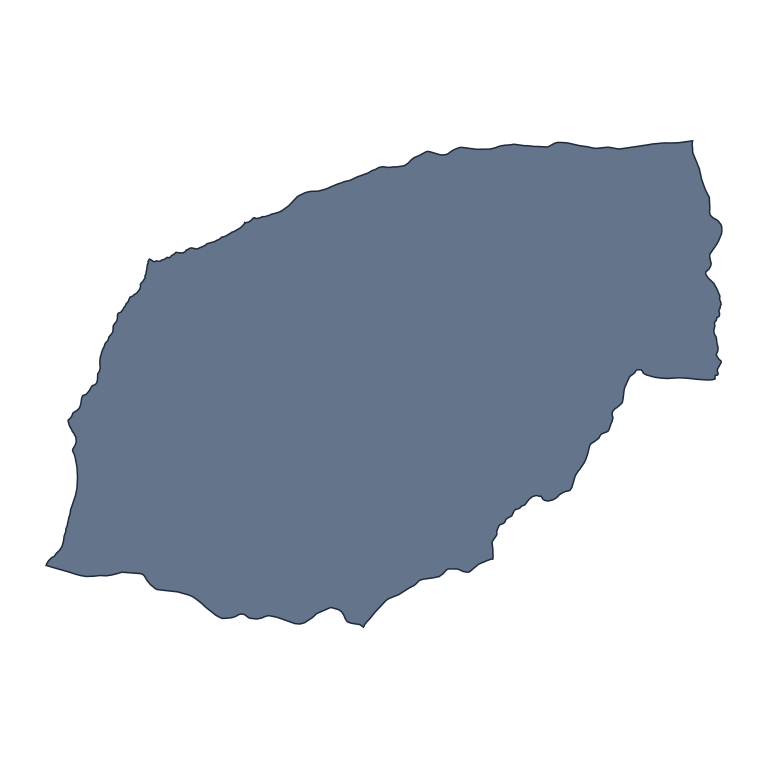 outline of Maubara, Liquica, East Timor
{"feature_id": "22284137B70669575760565", "entity_name": "Maubara", "entity_type": "district", "adm_level": 2, "iso_a3": "TLS", "parent_name": "East Timor", "parent_adm1": "Liquica", "projection": "orthographic", "projection_center": [125.161, -8.678], "detail": "fine", "context": "isolated", "style": "filled", "palette": "slate", "viewbox_px": 768, "rotation_deg": 0, "n_neighbors": 0, "source": "geoboundaries", "source_scale": "gbopen_adm2", "svg_char_len": 6041}
<svg xmlns="http://www.w3.org/2000/svg" viewBox="0 0 768 768"><path d="M363.5,627.2L364.7,624.6L366.2,622.5L370.0,618.5L374.6,612.7L386.2,600.3L389.0,598.5L398.8,594.6L409.8,587.6L414.2,585.4L416.3,583.6L419.4,580.4L423.4,579.2L432.8,577.9L439.1,576.6L443.1,573.7L446.6,569.8L448.7,568.9L457.7,569.0L463.2,571.5L465.8,572.0L468.4,572.2L470.0,571.5L478.4,564.3L486.6,560.8L490.9,559.2L492.8,559.1L493.1,556.8L492.8,548.6L492.0,542.7L492.6,541.0L496.6,535.2L496.9,533.5L496.6,531.9L497.8,528.4L499.2,525.4L500.2,524.6L502.8,523.7L504.0,523.0L505.1,521.7L505.5,520.4L506.5,518.9L508.2,517.7L511.7,516.0L514.2,510.7L515.4,509.6L519.6,508.3L521.6,506.1L524.9,504.9L528.9,499.5L532.0,496.9L534.6,495.9L536.6,495.5L539.8,496.4L541.0,496.1L543.2,499.5L544.9,500.4L547.5,501.0L549.6,500.7L552.8,499.9L555.7,498.3L558.0,496.4L559.0,495.0L562.8,492.6L565.6,491.4L568.1,491.0L570.1,490.2L571.9,487.4L575.3,475.7L578.3,471.0L580.0,469.0L584.2,462.7L585.7,459.7L587.8,453.5L589.4,446.6L590.1,444.9L591.4,443.4L594.0,441.9L598.9,438.1L600.2,435.5L601.2,434.2L603.0,433.3L606.6,432.0L608.1,431.1L609.4,428.6L610.9,424.0L612.2,421.0L613.0,417.5L612.2,415.2L612.1,413.7L612.6,411.5L614.7,409.0L617.0,407.5L621.7,403.4L622.4,402.3L623.1,398.7L624.0,391.0L624.5,388.1L628.9,378.1L629.8,376.5L632.2,374.8L635.0,372.4L635.8,370.7L637.0,369.8L641.3,369.9L642.2,370.9L643.5,373.3L646.3,374.9L654.5,377.2L660.8,378.1L667.4,378.5L678.2,377.8L681.1,377.9L687.2,378.2L697.9,379.4L708.6,380.0L712.8,379.7L715.2,378.8L714.8,377.4L715.3,375.4L717.5,375.1L718.2,373.9L717.4,371.4L717.3,369.5L721.3,362.3L721.0,360.9L718.8,359.2L718.2,358.1L717.4,357.2L716.2,354.6L717.9,350.8L718.0,347.3L716.9,342.8L716.3,337.4L714.2,333.6L713.8,331.3L714.3,328.1L714.9,326.0L714.4,323.1L714.7,322.1L716.3,320.5L716.9,317.6L718.6,316.8L719.3,316.0L719.6,313.6L718.8,309.9L719.7,309.0L720.1,308.0L720.2,306.5L721.1,304.6L720.6,301.6L719.8,300.1L719.6,298.7L719.9,296.8L719.6,294.9L718.8,293.6L716.6,288.2L713.7,283.2L708.4,278.2L705.8,274.4L705.8,271.9L708.8,269.4L710.0,267.4L711.0,265.0L711.1,262.8L710.6,261.3L709.6,256.2L710.0,254.0L716.5,244.6L718.6,240.9L721.6,233.5L721.9,229.6L721.6,226.3L720.8,224.2L719.5,222.8L718.6,221.3L716.7,219.8L712.8,217.7L710.4,215.3L709.9,214.3L709.6,212.5L709.8,207.2L709.3,197.2L707.9,194.8L704.9,188.5L701.6,179.2L699.3,168.6L692.7,152.6L692.5,147.0L692.1,144.7L692.6,140.8L678.9,142.7L670.3,143.0L664.5,142.9L652.2,144.0L648.6,144.7L620.2,148.9L618.5,149.0L609.8,147.4L607.7,147.2L595.7,148.4L592.0,147.8L588.0,146.8L579.3,145.6L568.9,143.2L565.4,142.7L559.8,142.4L557.2,142.5L554.5,143.3L549.3,146.2L547.8,146.8L546.0,147.0L538.7,146.5L535.0,146.5L527.3,145.7L524.6,145.7L513.8,144.2L510.8,144.8L505.3,145.2L501.6,145.7L498.9,146.4L494.9,147.9L489.7,149.1L476.6,149.3L462.3,147.4L460.5,147.4L458.4,147.9L454.9,149.3L452.2,150.7L447.7,153.9L445.9,154.6L444.0,154.9L441.8,154.9L439.9,154.7L429.4,151.6L427.2,151.4L426.0,151.8L419.4,155.4L414.2,157.6L411.3,159.8L408.5,162.8L406.9,164.1L404.0,165.8L396.5,166.9L393.7,166.9L389.4,167.4L386.7,167.3L383.3,166.7L379.9,167.2L377.9,168.0L375.4,169.5L372.0,170.6L367.8,173.1L357.4,176.8L349.9,180.4L344.5,181.6L341.0,183.0L338.2,183.8L330.4,187.0L328.0,188.2L323.4,189.8L317.5,191.2L311.3,191.3L307.6,192.0L305.1,192.7L297.5,196.4L288.8,205.7L282.6,210.2L280.1,211.6L277.2,212.8L271.3,214.2L269.6,215.3L267.5,215.7L265.3,216.6L262.1,216.7L260.9,217.5L257.0,218.5L255.4,218.4L254.8,217.7L254.2,217.6L253.7,218.3L252.8,218.3L252.4,218.7L252.1,219.6L249.0,221.9L245.2,222.9L244.7,222.5L244.1,224.1L240.9,227.5L234.4,231.3L233.5,231.8L231.9,232.1L231.2,232.9L229.5,233.6L229.4,233.9L225.0,236.4L221.5,237.2L220.2,238.6L217.7,240.1L216.4,240.4L215.0,241.5L207.6,243.5L206.6,244.0L205.0,245.5L201.3,247.2L199.5,247.8L198.0,248.7L196.2,249.0L193.7,248.3L191.2,247.9L189.5,248.4L188.4,249.2L186.2,250.1L185.3,251.6L182.9,252.9L179.9,252.9L176.0,252.3L173.1,254.9L171.5,255.5L170.8,256.7L169.8,257.5L169.2,257.6L167.1,257.4L164.4,259.3L161.5,260.1L160.2,261.3L158.1,261.2L156.2,260.8L155.2,261.5L154.3,261.7L153.4,261.4L150.5,259.5L149.6,259.1L148.9,259.6L148.7,260.4L148.0,261.3L148.2,262.8L147.3,265.0L146.7,270.0L146.1,271.8L146.1,273.4L144.9,276.1L145.1,277.7L142.9,281.3L141.2,283.0L140.4,284.2L140.5,287.1L139.4,289.7L136.4,293.4L134.2,294.5L133.0,295.9L130.1,297.1L129.2,298.8L128.3,301.4L125.9,304.0L125.4,306.0L124.0,307.4L122.6,310.1L121.6,311.0L121.1,312.1L118.7,313.0L117.9,313.6L117.4,315.6L117.5,317.5L116.9,320.5L115.8,322.3L114.7,323.4L113.2,326.0L112.9,331.5L111.8,333.6L109.1,336.7L107.8,340.7L106.1,342.2L104.9,344.0L104.1,346.8L102.9,348.9L101.6,352.3L101.2,354.6L100.3,356.9L99.8,362.0L100.2,368.2L99.5,371.1L97.7,373.9L97.5,379.4L96.8,382.6L96.0,383.7L94.8,384.8L92.5,385.6L91.9,386.0L89.1,390.9L86.2,394.4L82.6,395.6L81.5,399.0L80.8,404.0L79.8,407.1L79.0,408.4L77.0,410.4L75.2,411.6L73.1,412.7L71.7,416.2L70.8,417.7L70.0,418.6L68.6,419.6L68.1,420.3L68.1,421.3L69.7,426.4L71.7,429.8L72.3,431.4L74.3,433.9L74.6,435.1L75.8,437.1L75.9,438.0L76.2,441.6L76.0,442.7L75.2,445.0L72.9,448.9L72.6,450.4L72.6,450.9L74.1,454.0L75.0,456.7L76.9,466.7L77.5,477.1L77.0,488.1L75.5,495.4L70.6,509.8L70.0,514.3L69.0,516.9L67.1,526.0L66.0,528.6L65.6,532.0L64.1,536.3L63.6,540.5L62.1,546.3L59.5,550.3L56.3,553.3L54.7,555.8L54.0,556.5L51.8,557.6L48.6,560.6L46.6,563.9L46.1,565.5L69.8,572.3L75.2,574.1L80.8,575.6L86.4,576.5L94.3,576.2L99.7,575.5L106.2,575.8L111.2,575.1L117.7,573.5L121.9,572.2L140.3,573.6L143.1,574.5L144.7,576.4L146.8,580.1L150.4,584.6L155.4,588.7L157.4,589.6L177.8,591.9L188.4,594.9L192.7,596.7L196.2,599.1L201.5,603.3L206.3,607.7L216.0,615.4L220.3,617.7L222.8,618.5L231.0,617.8L233.6,617.2L236.3,616.1L238.8,614.6L240.6,614.1L242.8,614.1L244.8,614.8L248.3,617.5L249.7,618.2L255.6,618.9L257.6,618.9L261.7,618.0L264.9,616.6L268.0,615.7L270.4,615.9L277.1,617.3L294.9,623.6L300.0,624.0L304.4,622.8L312.3,617.7L316.7,613.6L330.1,607.7L331.6,607.6L339.0,609.8L341.8,612.0L343.7,615.0L345.6,619.5L347.5,621.9L351.1,623.2L359.9,624.6L363.5,627.2Z" fill="#64748b" stroke="#1e293b" stroke-width="1.5"/></svg>